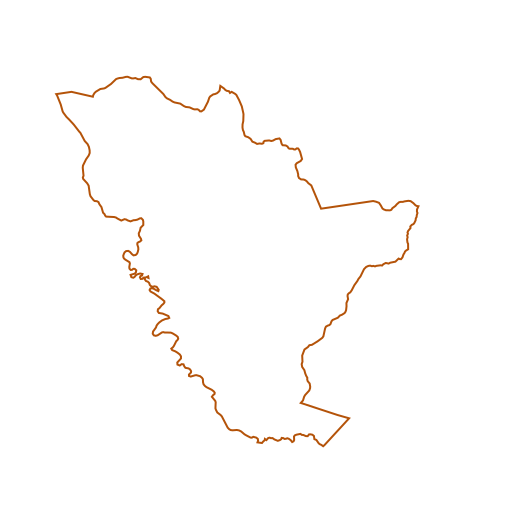 outline of Sinop, Mato Grosso, Brazil, rotated 350°
{"feature_id": "56859067B61328210802035", "entity_name": "Sinop", "entity_type": "district", "adm_level": 2, "iso_a3": "BRA", "parent_name": "Brazil", "parent_adm1": "Mato Grosso", "projection": "orthographic", "projection_center": [-55.512, -11.743], "detail": "fine", "context": "isolated", "style": "outline", "palette": "amber", "viewbox_px": 512, "rotation_deg": 350, "n_neighbors": 0, "source": "geoboundaries", "source_scale": "gbopen_adm2", "svg_char_len": 6094}
<svg xmlns="http://www.w3.org/2000/svg" viewBox="0 0 512 512"><g transform="rotate(350 256 256)"><path d="M250.4,82.3L248.9,86.8L247.7,87.8L245.9,88.9L243.6,89.4L242.0,89.4L238.6,90.9L237.5,92.0L235.4,95.8L230.1,102.8L227.3,104.1L226.0,103.8L224.9,102.1L223.7,101.3L221.1,101.0L219.7,100.4L216.4,98.1L212.7,97.0L211.0,95.8L207.9,92.8L202.4,90.6L200.6,89.4L198.5,87.3L195.7,85.3L194.4,83.7L192.9,80.4L184.0,67.9L183.0,66.0L183.1,63.2L182.4,61.7L178.0,60.3L176.1,60.2L173.1,61.9L170.5,61.4L168.1,59.8L166.1,59.8L164.5,59.5L160.7,57.2L158.9,57.0L155.5,57.3L152.4,57.0L150.3,57.2L148.9,57.5L143.1,61.4L136.9,64.3L135.5,64.6L131.7,64.5L126.8,66.4L125.1,67.6L123.6,69.4L123.0,70.8L102.8,62.3L87.4,61.9L88.0,63.4L90.0,72.9L90.7,80.1L91.1,81.3L93.5,86.1L95.9,89.5L99.4,95.0L103.5,102.8L104.4,104.1L107.3,113.0L109.6,116.6L110.4,119.6L110.5,123.1L110.1,125.7L108.7,128.0L105.4,131.3L101.3,136.9L100.7,139.0L100.1,147.0L99.1,148.6L99.2,150.1L102.4,155.1L103.4,157.7L103.1,166.2L103.4,168.4L105.6,172.6L106.6,173.8L108.8,174.4L110.2,175.5L110.8,177.9L112.3,181.0L112.9,186.8L114.1,188.5L114.5,190.1L115.3,191.2L123.1,193.0L124.8,193.8L126.0,195.0L129.5,197.7L132.9,196.9L134.6,197.6L135.7,198.6L138.4,200.1L141.6,199.5L143.3,199.7L145.5,199.6L148.1,198.8L149.6,198.9L150.9,200.8L151.0,202.4L150.4,205.9L147.3,208.1L146.1,211.0L144.5,213.3L144.3,215.7L145.7,219.1L145.8,220.7L144.3,221.6L142.5,222.0L141.4,222.7L141.1,224.0L141.5,227.1L141.3,229.0L140.3,231.4L139.3,233.0L137.7,234.1L135.5,234.1L134.2,232.7L132.6,230.1L131.1,228.8L129.0,228.6L127.2,229.6L126.1,231.2L125.3,232.7L125.2,234.4L125.6,235.6L126.7,236.9L130.3,240.1L130.5,241.5L129.3,244.8L129.2,246.5L130.2,248.0L131.5,248.1L132.9,247.3L134.3,247.6L135.6,249.3L134.9,251.2L133.6,252.3L129.2,252.8L129.6,255.2L131.4,256.1L132.8,255.5L134.0,254.4L135.4,253.6L136.8,253.3L138.8,253.1L141.1,254.0L140.4,255.4L138.8,255.7L138.0,256.8L138.5,258.6L139.9,258.8L141.5,257.8L143.3,257.9L142.3,259.4L143.3,261.5L145.0,262.5L146.1,264.0L146.4,266.1L147.4,267.5L148.9,268.4L150.7,268.2L152.8,269.1L154.3,272.4L153.7,273.6L152.0,272.5L149.5,270.4L148.3,269.8L146.4,269.6L145.3,271.0L145.9,272.6L149.4,275.4L155.8,282.1L157.9,284.6L157.7,285.9L156.4,287.1L154.5,288.2L151.8,290.6L150.2,291.4L149.6,293.3L150.4,295.2L154.1,296.5L159.3,299.9L159.8,301.9L158.4,302.3L155.8,302.3L152.3,303.1L149.1,304.7L147.2,306.1L146.0,307.3L145.1,309.0L141.5,312.5L140.8,314.6L141.6,316.4L143.4,317.2L145.4,317.0L150.2,314.9L151.5,314.9L152.8,315.5L158.6,316.6L159.7,317.2L160.9,318.1L163.6,320.5L164.9,322.1L165.0,324.0L163.9,325.3L162.7,326.0L159.6,330.2L158.3,331.5L156.5,332.5L157.1,334.1L160.0,335.9L161.9,337.6L163.9,339.8L164.7,341.8L164.3,343.9L160.0,347.2L159.8,349.3L161.9,350.6L163.9,349.6L165.8,350.1L166.2,352.2L167.1,353.9L170.1,355.0L171.4,356.3L172.1,358.2L171.7,359.5L169.4,361.1L169.2,362.5L170.8,363.4L175.3,362.9L176.6,363.0L180.1,364.7L181.7,366.6L182.3,368.1L181.9,371.2L182.1,373.3L183.2,375.2L184.5,376.6L189.1,380.0L191.0,382.1L191.6,383.5L191.2,384.7L189.4,385.7L188.1,387.0L190.7,391.6L190.9,393.0L189.6,399.0L189.8,400.4L190.7,403.4L193.5,406.4L194.5,408.0L198.3,420.1L199.5,421.9L200.8,423.0L202.7,423.6L206.9,424.0L209.0,424.8L210.9,426.2L213.7,429.6L215.2,430.9L219.0,433.8L220.3,434.2L221.9,433.6L224.7,434.9L226.0,436.4L226.0,438.2L225.1,439.8L229.4,441.2L230.9,439.9L232.5,439.0L233.0,437.7L234.3,439.1L236.4,437.4L237.9,437.3L239.1,438.0L240.7,438.2L242.2,439.8L245.4,441.8L247.7,441.4L249.0,440.8L249.7,439.6L251.3,440.1L252.3,441.1L253.8,441.2L255.1,440.9L256.6,441.7L258.2,443.4L259.3,445.5L260.8,445.0L261.6,443.9L262.1,440.3L263.3,439.3L264.9,439.0L268.9,438.9L270.0,440.1L271.6,440.5L273.8,442.0L275.6,442.4L277.3,440.9L278.7,441.1L280.5,441.8L281.8,443.3L281.7,446.5L283.5,447.6L285.2,451.3L286.0,452.3L287.6,453.4L289.1,455.0L290.6,454.1L319.5,432.0L308.6,426.7L274.6,408.5L277.2,406.4L279.0,402.9L280.3,401.4L285.1,397.7L286.3,395.6L286.7,394.0L286.7,390.9L285.2,388.3L285.0,386.5L285.4,384.8L284.6,382.6L284.1,380.2L283.8,376.8L282.2,373.3L282.2,370.4L283.4,368.2L284.2,362.1L287.5,356.5L291.3,354.7L293.1,353.1L295.6,353.2L302.1,350.6L307.1,348.1L308.4,346.8L311.5,339.3L312.6,337.7L314.6,337.0L316.2,336.8L317.5,336.0L319.0,333.4L320.3,332.3L325.9,331.0L328.3,329.2L330.4,328.8L333.3,327.6L334.4,326.5L335.3,325.0L336.4,321.3L336.9,318.0L339.2,314.5L339.2,311.3L339.7,309.8L341.0,308.8L342.5,308.2L344.3,306.4L347.8,301.8L351.5,298.2L352.9,296.4L355.3,294.3L360.1,287.7L362.6,285.9L364.9,285.3L366.7,285.3L368.4,286.2L369.8,286.1L371.4,286.9L372.8,286.6L377.1,286.8L378.5,287.3L380.0,286.2L382.6,285.4L385.3,286.5L387.0,285.9L392.3,285.8L396.0,283.3L397.0,284.0L398.3,284.3L400.0,282.8L401.5,280.1L402.7,278.8L403.5,277.5L404.7,276.7L407.0,275.8L407.9,270.4L407.5,269.0L407.7,265.7L408.6,263.8L408.4,262.1L409.5,260.5L409.3,259.1L410.2,257.7L413.0,255.3L413.1,253.7L414.8,252.4L416.6,251.9L417.7,250.9L419.4,248.5L419.9,246.7L420.9,245.5L421.5,243.5L422.5,241.7L422.2,240.3L422.6,238.2L424.6,235.2L423.1,234.7L421.9,233.8L420.2,231.3L417.8,228.8L415.6,228.1L411.8,228.0L409.9,228.2L407.9,227.8L406.3,227.9L403.5,229.6L402.0,230.9L398.6,232.6L397.3,234.0L395.9,234.3L391.9,233.5L389.9,232.3L388.8,231.2L387.7,227.9L386.4,225.0L383.5,223.3L380.9,222.2L328.3,220.7L322.7,196.1L320.2,193.4L319.0,191.3L317.8,190.0L316.3,189.0L313.7,188.4L311.9,186.7L311.4,184.5L311.7,183.1L311.5,179.6L310.6,175.7L310.8,173.0L312.2,171.7L316.5,170.2L318.2,168.5L317.5,161.2L316.8,158.7L316.1,157.4L314.8,157.1L313.2,157.9L312.0,157.7L310.9,156.8L307.4,156.1L306.5,155.0L306.1,153.7L304.5,152.3L301.4,151.5L300.7,149.8L300.4,145.9L299.5,144.3L295.7,144.3L292.8,145.3L291.0,145.4L289.1,144.5L284.6,144.1L283.4,144.7L282.8,146.2L281.3,146.5L279.1,145.8L276.5,145.8L274.5,144.1L272.3,142.8L271.0,139.7L269.0,137.7L266.3,136.2L265.7,134.9L265.5,131.5L265.0,129.7L265.0,127.2L265.6,124.1L266.9,120.9L268.3,114.2L268.3,112.7L268.0,106.2L266.4,99.4L264.6,93.9L263.6,92.7L260.5,90.1L258.7,90.9L258.0,89.0L255.8,88.2L254.6,87.1L253.6,85.5L250.4,82.3ZM144.6,257.8L146.3,257.3L146.3,258.9L144.6,257.8Z" fill="none" stroke="#b45309" stroke-width="2"/></g></svg>